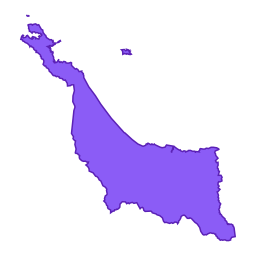 outline of Kusapín, Ngöbe Buglé, Panama
{"feature_id": "35544464B37118693502086", "entity_name": "Kusapín", "entity_type": "district", "adm_level": 2, "iso_a3": "PAN", "parent_name": "Panama", "parent_adm1": "Ngöbe Buglé", "projection": "natural_earth1", "projection_center": [-81.617, 8.861], "detail": "fine", "context": "isolated", "style": "filled", "palette": "violet", "viewbox_px": 256, "rotation_deg": 0, "n_neighbors": 0, "source": "geoboundaries", "source_scale": "gbopen_adm2", "svg_char_len": 5660}
<svg xmlns="http://www.w3.org/2000/svg" viewBox="0 0 256 256"><path d="M110.6,212.8L112.8,211.2L114.2,211.0L114.6,209.8L115.9,209.9L116.4,209.3L117.6,209.3L118.9,208.3L119.8,207.2L120.0,204.1L122.3,201.7L125.5,201.9L126.7,203.7L128.2,202.8L129.2,203.7L130.3,202.9L132.3,202.4L133.9,203.3L136.8,202.7L140.1,208.7L140.8,207.8L142.4,207.4L143.3,208.2L143.8,210.3L145.1,211.4L150.9,211.1L151.8,211.8L152.3,212.8L156.0,213.9L157.0,214.8L159.7,215.6L162.4,217.8L163.6,221.4L164.8,222.6L166.1,222.3L169.7,223.4L171.6,222.6L172.6,223.3L173.7,223.0L174.5,222.2L175.9,222.1L177.2,222.6L177.6,223.7L178.6,222.3L178.7,221.0L179.7,220.0L180.8,217.9L181.1,216.5L182.5,215.5L184.0,215.1L185.1,215.7L187.3,218.3L189.2,218.4L189.9,217.8L191.5,218.6L194.9,222.3L197.2,223.9L199.7,227.5L200.8,231.4L202.8,234.4L203.9,235.0L205.4,234.6L206.4,234.9L207.9,233.8L210.3,232.8L212.5,233.4L213.8,233.3L214.7,234.1L215.6,234.1L216.0,235.9L217.1,236.5L217.5,238.0L218.8,238.4L219.3,239.4L220.3,240.2L221.6,239.8L222.5,240.2L225.0,239.8L226.6,240.6L228.7,240.6L230.6,240.0L230.6,239.0L231.8,237.3L235.2,236.6L234.1,228.0L233.4,226.2L232.8,225.9L232.8,225.0L231.2,224.1L229.5,224.4L229.0,223.9L228.2,224.5L227.7,224.4L227.3,223.8L227.7,223.5L227.2,223.2L226.6,221.4L225.1,220.2L225.0,218.8L222.1,216.2L221.4,214.8L220.2,214.3L220.4,213.3L219.3,212.7L219.6,211.2L218.8,209.5L219.8,207.4L219.6,206.2L220.7,203.9L218.9,201.7L219.0,200.6L218.3,200.2L218.7,198.0L218.0,197.2L218.5,195.3L217.2,191.9L218.1,191.5L220.0,189.3L218.3,188.0L218.2,187.3L219.1,186.1L218.6,185.2L217.9,184.9L218.2,182.4L218.8,181.7L219.8,181.9L221.9,181.0L221.9,179.9L221.3,179.0L222.1,177.3L221.0,175.3L218.3,175.3L219.4,171.3L218.4,170.8L218.2,168.8L217.5,168.4L217.5,166.4L218.1,165.3L218.0,162.3L216.5,162.6L215.5,160.7L218.0,158.2L215.7,155.4L215.5,153.7L214.7,152.6L215.3,150.9L218.3,149.7L218.9,149.2L218.6,148.8L216.7,147.8L213.5,147.3L211.0,147.3L208.6,148.5L206.2,148.2L205.0,149.0L203.3,149.1L200.6,148.6L199.9,149.0L199.7,150.3L198.4,151.5L198.7,151.8L195.6,151.5L195.3,152.9L195.4,151.8L194.6,151.2L192.6,151.3L190.4,150.4L188.3,150.5L187.9,151.1L186.0,151.8L186.1,151.4L184.0,150.8L182.7,151.6L180.9,151.0L180.2,149.9L179.6,150.2L177.3,148.9L174.1,146.5L173.3,147.3L173.3,149.2L171.9,150.6L171.6,152.7L171.4,151.3L172.1,150.1L173.1,149.2L173.0,148.4L172.8,148.8L172.1,149.4L172.9,148.6L172.9,147.3L173.5,146.2L166.5,145.0L165.0,147.2L162.1,147.7L160.0,147.1L154.5,144.5L154.4,144.1L153.0,144.7L151.9,143.9L151.0,144.7L148.0,143.2L147.4,144.0L147.2,143.7L146.1,144.1L145.7,145.3L143.0,146.3L137.9,144.0L132.2,139.6L125.0,133.0L124.1,132.6L111.3,118.3L100.7,104.1L95.3,95.6L88.8,86.9L83.8,77.6L83.7,75.2L83.1,74.1L83.3,73.6L81.7,72.0L81.8,71.1L79.1,71.6L77.8,69.5L76.3,68.6L75.6,69.1L75.0,68.9L71.5,65.4L71.5,62.8L70.8,62.4L68.9,63.1L67.1,63.1L65.9,62.8L65.6,61.9L63.8,61.4L62.3,62.6L61.5,61.9L60.3,62.3L60.0,61.8L59.6,62.2L58.3,60.8L58.9,59.2L56.9,62.2L56.4,62.5L55.0,61.8L55.0,62.8L54.4,62.8L53.6,61.5L54.4,61.5L54.7,60.8L54.1,60.5L54.1,59.5L53.6,59.2L53.6,57.2L52.3,54.5L52.6,54.1L52.4,53.4L52.9,53.3L53.1,52.8L52.8,51.8L52.2,52.2L51.7,52.1L51.6,51.6L50.8,51.8L51.0,50.8L50.2,50.6L50.3,49.9L50.7,49.7L50.7,48.8L50.0,48.6L50.3,47.4L49.6,47.2L49.2,47.7L49.0,47.1L48.4,47.2L47.4,46.5L49.3,46.1L49.5,45.6L50.6,45.6L51.1,46.2L52.4,46.1L52.8,45.8L52.3,45.6L52.4,45.1L55.0,44.4L55.8,43.1L53.2,42.9L52.8,42.4L52.9,41.6L51.5,39.7L49.6,39.7L46.4,37.5L45.7,35.4L44.8,34.8L43.1,32.4L42.7,30.0L41.4,29.4L38.7,24.7L37.2,25.2L36.8,24.5L35.5,23.9L33.9,24.2L32.3,25.1L32.0,24.4L30.8,24.2L28.3,24.7L28.0,25.0L28.7,27.0L28.6,28.7L29.1,29.1L29.4,31.2L29.8,31.0L32.1,33.1L32.7,32.0L34.6,31.8L35.6,32.9L36.6,32.6L37.9,32.7L38.7,33.5L40.2,33.3L40.6,34.1L41.7,34.1L41.8,35.3L40.6,36.3L39.4,35.8L38.7,36.4L39.5,37.2L38.8,39.1L36.4,38.4L35.7,38.7L35.7,37.5L32.7,36.6L32.0,37.4L33.1,38.4L32.1,39.2L29.5,37.9L27.5,35.4L26.5,35.8L25.7,37.3L23.2,37.8L22.7,36.7L23.5,35.5L22.9,35.1L21.7,36.3L20.8,39.4L22.5,39.9L23.0,41.2L24.3,41.5L25.0,42.4L27.4,43.4L29.4,45.4L29.9,46.8L30.4,46.0L31.0,46.0L32.0,47.1L32.7,47.2L33.6,48.0L33.5,48.6L34.0,49.4L35.7,50.9L36.2,50.6L36.5,50.9L36.1,52.4L37.5,52.5L40.0,54.6L40.6,55.4L40.5,56.3L41.2,56.8L41.2,58.1L41.8,58.9L43.1,59.3L43.8,60.7L43.8,62.1L43.1,64.4L44.6,66.0L45.7,66.0L46.4,67.7L47.9,68.4L48.8,69.4L49.3,71.3L51.0,72.6L53.1,75.4L54.2,75.8L54.9,75.5L56.3,76.7L57.3,76.3L59.2,76.9L59.2,77.6L59.9,78.2L62.5,78.7L63.0,79.8L64.4,80.3L65.3,80.0L67.3,83.4L67.5,86.0L70.6,85.6L71.5,84.8L73.6,84.8L74.4,90.7L73.0,95.9L72.8,101.7L74.7,105.7L75.0,107.1L73.9,110.6L71.5,133.5L73.5,136.8L73.0,138.7L74.6,140.5L75.5,140.9L74.9,144.5L76.1,149.0L75.3,152.9L75.9,153.4L77.6,153.5L78.1,154.5L79.6,155.5L79.7,156.0L79.2,156.8L79.6,158.7L81.6,160.6L83.3,161.3L85.4,161.2L87.0,162.1L88.4,162.1L87.9,163.5L85.9,165.0L87.7,166.5L89.0,168.6L89.2,171.1L93.1,172.8L95.6,176.2L96.8,176.5L98.1,177.7L99.2,179.9L100.9,181.0L102.9,185.7L105.4,187.2L106.8,189.1L106.5,190.4L107.2,194.0L106.6,195.0L105.3,195.9L104.5,198.5L104.8,200.0L103.8,201.0L105.9,203.1L106.6,205.2L107.6,206.0L107.6,207.5L108.1,208.6L110.7,210.1L110.6,212.8ZM124.3,49.5L121.5,49.8L122.2,50.5L122.7,51.8L122.8,54.3L124.5,53.5L125.2,53.9L126.6,53.7L126.7,54.1L127.9,53.8L128.6,54.3L129.5,54.0L130.0,54.6L131.3,54.2L129.5,52.1L130.0,51.5L129.4,51.5L129.6,50.9L129.1,51.2L129.0,50.9L129.5,50.8L129.5,50.5L128.4,50.4L128.4,49.9L127.1,49.5L127.3,49.8L125.8,50.7L124.3,49.5ZM60.5,41.1L60.2,40.5L59.1,41.2L59.6,41.5L60.5,41.1ZM57.5,42.6L58.4,42.4L58.0,42.0L57.5,42.6ZM29.4,16.1L28.6,15.7L28.3,16.1L29.4,16.1ZM27.1,15.5L26.2,15.4L27.4,15.8L27.1,15.5ZM53.1,40.9L53.0,40.5L52.5,40.6L52.6,40.8L53.1,40.9Z" fill="#8b5cf6" stroke="#5b21b6" stroke-width="1.5"/></svg>